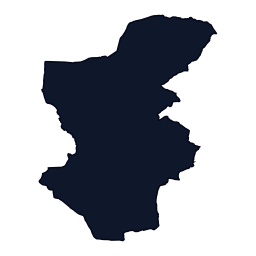 the district of Wanging'ombe, Njombe, United Republic of Tanzania
{"feature_id": "72390352B33528420406675", "entity_name": "Wanging'ombe", "entity_type": "district", "adm_level": 2, "iso_a3": "TZA", "parent_name": "United Republic of Tanzania", "parent_adm1": "Njombe", "projection": "mercator", "projection_center": [34.635, -9.053], "detail": "fine", "context": "isolated", "style": "filled", "palette": "ink", "viewbox_px": 256, "rotation_deg": 0, "n_neighbors": 0, "source": "geoboundaries", "source_scale": "gbopen_adm2", "svg_char_len": 5765}
<svg xmlns="http://www.w3.org/2000/svg" viewBox="0 0 256 256"><path d="M160.9,15.7L159.3,15.5L153.8,15.9L151.4,16.5L147.1,18.0L140.4,20.1L139.0,20.2L137.2,20.8L136.1,20.8L134.6,21.5L133.8,21.5L132.4,22.3L130.3,22.9L129.7,23.3L129.0,24.0L128.3,25.0L128.3,25.3L128.1,25.5L127.3,27.2L126.9,28.7L125.1,32.1L122.7,35.8L120.8,37.9L120.3,38.8L117.1,51.2L107.4,57.7L105.4,56.3L102.1,56.8L100.0,57.9L99.4,57.4L97.7,57.8L92.1,57.9L88.8,58.5L85.4,60.4L81.0,62.1L77.8,62.4L74.5,62.5L73.2,63.1L72.5,62.9L64.9,62.2L45.9,61.6L45.1,61.9L44.9,64.0L45.0,66.3L44.8,69.0L45.0,73.2L44.4,74.6L44.0,78.8L43.8,80.5L43.9,83.1L43.3,87.8L43.0,89.3L42.0,89.6L42.4,91.2L43.4,92.5L44.6,97.1L46.4,102.3L47.6,103.1L50.5,103.6L52.9,104.8L55.4,106.7L57.5,109.4L57.8,110.1L57.3,111.4L57.2,112.5L58.1,114.0L59.8,115.4L60.0,115.8L60.1,116.6L60.4,117.1L60.4,117.9L59.2,118.5L59.9,120.3L60.6,120.9L60.9,121.9L61.2,122.4L62.0,122.7L62.2,124.4L61.7,125.3L61.4,126.5L61.8,127.9L63.1,128.9L63.6,129.6L64.4,130.2L65.6,129.8L66.2,129.8L66.9,130.8L67.5,131.3L67.8,132.3L70.6,133.2L70.6,133.7L71.9,134.3L72.6,135.9L72.9,136.2L73.0,137.1L74.8,138.2L75.1,138.6L75.0,140.1L75.4,140.5L75.4,141.0L75.7,142.1L76.1,142.4L76.2,143.2L76.0,144.1L77.1,145.6L76.3,147.8L76.7,151.0L75.9,153.7L73.5,154.9L72.0,155.5L70.2,154.2L69.2,154.3L68.6,153.8L68.2,154.0L67.9,155.0L69.2,159.1L67.2,162.2L66.4,163.9L65.4,165.6L64.2,166.4L61.7,167.4L48.4,167.9L48.5,169.2L48.0,170.3L46.4,171.9L42.9,173.7L42.7,173.7L42.5,175.7L41.6,178.0L40.6,179.7L40.3,179.8L39.3,181.2L39.6,182.2L41.3,183.7L43.0,184.8L44.2,184.8L46.6,185.5L47.5,186.2L47.6,187.5L48.6,188.9L49.8,189.7L52.9,189.8L53.2,190.2L53.4,192.8L54.2,197.3L55.5,197.9L58.9,198.4L59.7,199.1L62.3,200.7L69.7,206.8L70.4,207.7L73.6,209.8L75.7,211.6L76.4,212.0L78.1,213.4L79.1,213.8L79.7,214.2L83.4,215.4L84.4,217.1L85.5,220.5L86.6,221.8L88.8,226.3L91.1,229.6L92.2,232.9L94.2,236.9L96.6,238.7L99.1,238.8L103.1,239.4L108.1,239.5L111.6,240.1L119.6,239.9L122.8,240.6L123.9,239.8L124.1,239.0L123.6,237.9L123.5,236.8L123.7,236.0L123.6,235.0L123.1,233.9L123.4,233.3L125.3,231.8L126.4,231.5L127.8,231.3L128.5,231.0L130.7,230.4L132.9,230.3L134.7,231.2L135.7,231.5L135.9,231.5L136.0,231.1L136.6,231.4L137.5,231.4L137.9,231.4L139.2,230.7L139.7,230.8L140.3,230.4L141.0,230.3L142.1,229.7L142.6,229.6L143.6,230.2L147.2,229.2L150.3,228.5L150.9,228.5L151.7,228.7L153.2,229.4L153.9,229.6L154.4,229.5L155.5,228.5L156.3,228.1L156.7,227.3L157.4,227.0L158.7,225.7L158.3,223.4L157.9,218.4L157.9,217.8L158.3,216.5L158.0,215.2L158.3,214.1L157.6,213.3L157.1,212.2L156.5,209.9L156.6,208.7L156.4,207.3L156.6,206.1L156.3,204.9L156.5,204.3L156.0,203.3L155.8,202.2L155.9,199.5L156.4,196.4L156.3,195.5L156.7,195.3L157.7,190.2L158.6,188.3L158.9,187.1L160.2,185.4L162.0,185.1L162.6,184.8L163.0,184.9L163.3,184.5L164.1,184.6L165.0,184.4L165.4,183.8L165.8,183.6L165.9,183.1L167.2,182.4L167.5,182.0L167.9,180.6L167.8,180.2L168.0,178.8L168.2,178.3L168.5,178.1L172.2,178.5L175.1,179.4L176.9,179.5L179.0,179.8L179.2,179.6L178.4,178.2L178.0,175.9L178.4,173.1L179.5,171.9L180.0,171.3L181.6,170.9L183.5,170.1L186.4,168.7L188.1,168.4L188.8,167.7L189.4,167.8L189.6,167.2L189.8,167.1L190.2,166.5L191.1,166.3L191.9,166.7L193.4,165.9L193.6,165.4L192.7,163.4L192.7,162.6L193.4,162.2L193.0,162.2L193.1,160.8L193.4,159.6L193.6,159.6L193.8,157.0L194.4,154.9L194.9,153.8L194.9,152.6L196.2,150.8L197.9,149.3L198.3,149.3L198.6,148.3L199.7,146.9L195.9,145.8L194.9,145.6L194.5,145.3L193.7,144.0L192.0,143.3L190.4,143.1L189.5,142.6L189.6,142.4L189.1,141.8L188.0,141.6L187.9,140.8L188.4,137.9L188.0,136.7L187.7,136.7L188.5,134.5L189.2,130.9L188.4,130.1L185.2,128.3L181.1,125.2L180.1,124.9L179.2,123.9L178.8,123.1L178.2,122.6L176.7,122.1L174.2,122.1L172.3,121.3L171.1,120.4L169.9,120.0L169.2,119.4L169.1,119.0L168.9,119.0L168.2,118.4L168.0,118.1L167.6,116.7L166.9,116.4L165.5,116.5L164.9,116.8L164.0,117.2L162.6,118.3L160.3,119.8L159.3,120.2L158.7,120.1L158.6,118.7L158.9,117.1L158.4,116.0L157.6,114.9L157.7,114.1L158.1,113.5L159.9,112.5L160.8,111.3L163.0,109.8L165.8,107.8L166.5,106.5L167.0,105.9L167.5,106.0L168.7,105.6L169.0,105.7L170.0,106.5L171.1,106.1L171.5,105.6L172.0,104.2L172.7,101.9L173.0,101.7L174.8,101.4L175.8,101.5L176.9,101.3L179.0,101.5L179.5,101.3L179.8,100.6L178.8,98.6L176.4,96.5L175.8,95.2L175.7,94.6L175.8,93.4L174.8,93.3L173.7,92.7L172.1,91.5L169.5,90.9L167.5,89.8L165.0,89.4L164.3,89.0L163.5,88.2L162.6,87.9L162.1,87.1L160.9,86.1L160.7,84.9L163.8,83.9L166.0,82.2L166.6,82.0L168.3,80.5L168.6,79.7L169.4,78.6L170.0,78.2L171.2,77.8L171.7,77.5L173.3,75.7L174.0,75.2L174.6,74.9L174.8,75.1L176.2,74.5L176.4,74.0L176.9,73.9L177.6,73.2L178.6,72.7L179.8,72.4L182.5,71.4L183.3,70.8L183.9,70.6L184.4,70.7L186.2,70.6L187.0,70.8L187.6,70.7L187.7,70.4L187.8,69.5L187.5,67.5L187.5,66.4L187.1,65.4L187.3,64.5L190.2,62.6L190.7,61.9L191.6,61.1L193.6,60.7L194.8,60.2L195.1,59.9L195.6,60.1L196.2,59.8L197.7,58.3L199.1,56.1L199.9,55.3L201.3,51.6L201.9,50.6L202.0,49.0L203.1,47.7L204.3,47.0L206.4,44.0L209.4,40.8L209.6,40.2L209.5,39.6L209.4,39.5L210.0,38.1L209.7,37.1L210.6,36.2L211.2,35.0L212.1,34.2L213.7,33.4L216.3,33.6L216.7,33.8L216.4,33.4L212.6,28.0L211.1,25.1L207.9,23.2L207.9,22.7L207.6,22.4L207.1,22.3L206.6,22.0L203.7,22.3L202.6,22.0L202.2,21.5L200.3,20.9L198.7,20.6L197.9,20.8L196.7,20.8L195.5,19.9L194.6,19.4L193.3,19.4L192.9,19.2L192.1,18.5L191.4,17.7L190.9,17.5L190.3,17.8L189.6,17.8L188.9,18.9L188.1,18.9L188.1,19.1L187.4,18.8L187.0,19.2L186.8,18.9L186.6,19.0L185.1,18.8L184.8,19.1L184.6,19.0L184.0,19.4L183.3,19.1L183.2,19.4L182.6,19.5L182.2,19.0L180.8,19.0L180.5,18.8L180.5,18.1L177.4,17.7L175.3,17.1L175.0,17.2L173.0,17.0L172.2,17.3L170.7,18.2L169.7,18.4L167.6,17.9L166.8,17.5L166.1,17.3L165.1,17.3L164.5,17.2L164.1,16.9L163.8,16.2L163.3,15.7L162.6,15.4L160.9,15.7Z" fill="#0f172a" stroke="#020617" stroke-width="1.5"/></svg>